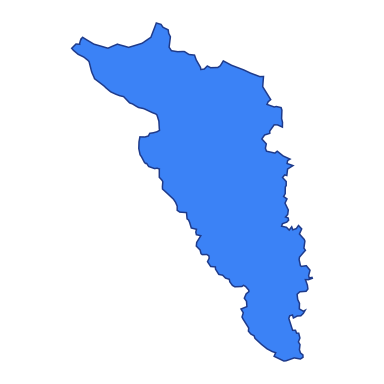 outline of Carolina, Puerto Rico
{"feature_id": "32010507B91435435365169", "entity_name": "Carolina", "entity_type": "district", "adm_level": 2, "iso_a3": "PRI", "parent_name": "Puerto Rico", "parent_adm1": "", "projection": "orthographic", "projection_center": [-65.96, 18.364], "detail": "fine", "context": "isolated", "style": "filled", "palette": "blue", "viewbox_px": 384, "rotation_deg": 0, "n_neighbors": 0, "source": "geoboundaries", "source_scale": "gbopen_adm2", "svg_char_len": 3368}
<svg xmlns="http://www.w3.org/2000/svg" viewBox="0 0 384 384"><path d="M82.6,37.3L80.9,39.1L81.2,39.4L80.5,40.4L79.7,43.2L79.7,44.3L76.0,44.0L71.7,48.3L73.5,50.4L78.1,54.3L83.7,57.0L88.0,60.4L89.1,61.7L90.3,66.5L91.4,70.9L92.1,73.0L94.2,77.7L94.5,78.7L102.3,84.6L104.3,86.2L106.1,88.0L109.2,90.6L110.8,91.9L115.8,94.2L119.7,95.7L123.6,96.6L129.6,102.9L131.2,103.5L132.3,103.8L136.0,106.1L138.5,107.5L143.3,108.5L144.9,109.1L150.8,111.9L152.5,112.7L155.7,113.9L156.9,114.9L157.8,117.6L158.1,118.7L158.9,121.2L159.1,124.8L159.3,128.6L159.5,130.1L159.5,130.4L156.9,131.8L153.2,132.8L149.8,133.3L148.3,136.0L144.9,137.0L139.9,136.9L139.0,141.8L138.8,148.6L140.1,154.8L141.4,156.6L144.5,162.5L145.6,163.5L146.6,163.4L148.7,166.5L154.6,168.6L157.1,168.2L159.4,169.0L159.3,169.6L159.3,177.3L162.2,180.5L162.8,181.8L162.4,186.5L162.5,189.0L167.3,193.4L173.5,199.2L174.2,200.3L175.5,202.2L177.2,206.1L177.2,210.3L179.8,212.1L186.5,212.6L187.1,218.9L188.5,219.9L189.6,222.3L191.3,228.0L196.5,229.3L195.8,232.1L196.4,234.7L200.8,235.7L196.7,242.4L196.3,246.1L200.1,250.0L201.0,253.6L202.2,254.6L206.9,254.5L208.9,255.9L209.2,258.2L207.5,261.7L210.7,266.5L215.4,266.9L215.5,269.1L218.8,274.4L222.7,275.2L225.5,278.1L229.3,279.3L229.8,281.8L232.4,285.4L234.8,286.8L241.9,286.5L243.5,285.3L245.6,286.5L248.7,290.1L248.9,291.6L246.2,293.8L244.3,298.2L246.5,301.3L246.9,306.6L241.0,309.0L243.3,312.8L242.0,317.0L243.0,319.0L248.7,328.0L248.4,331.1L250.8,334.0L254.1,335.8L255.0,338.4L261.5,344.4L267.0,348.8L272.3,351.6L275.7,352.7L274.1,356.3L283.8,361.0L286.0,360.8L294.2,357.9L300.4,359.0L303.0,357.3L302.9,354.9L300.5,353.0L299.4,349.8L300.0,344.6L298.4,341.9L299.9,338.0L298.7,333.2L296.6,333.2L295.5,330.3L292.6,330.3L288.8,318.4L289.7,315.8L292.5,315.0L293.4,318.0L297.3,316.0L300.8,315.8L303.3,313.4L305.1,310.3L303.3,311.2L299.3,308.9L299.5,303.4L297.7,299.5L297.1,294.3L299.8,291.8L306.1,291.3L307.9,289.0L307.4,285.2L305.4,279.6L308.4,279.7L312.3,278.3L312.0,277.4L309.2,277.9L308.6,275.6L310.0,270.2L306.3,265.7L301.4,266.4L300.4,265.6L299.1,259.5L299.5,257.1L305.4,250.3L303.9,248.1L304.9,241.1L304.2,239.4L299.4,234.0L301.7,228.9L298.5,225.5L296.3,228.6L292.8,229.8L291.7,226.8L289.2,230.1L286.5,227.3L281.6,226.2L282.4,223.7L286.8,222.1L288.6,220.2L288.2,218.0L285.5,217.0L287.7,214.5L288.3,210.0L285.0,203.1L287.0,198.9L283.6,196.5L285.2,193.7L285.3,187.0L286.2,185.6L286.2,181.5L282.5,177.5L284.7,174.9L286.8,175.5L287.6,169.0L293.0,165.6L287.1,163.5L287.6,160.5L290.0,159.1L283.2,156.0L277.2,151.2L274.9,153.1L266.5,151.2L265.4,148.3L266.3,143.9L261.9,139.0L262.4,138.1L264.6,135.0L269.8,133.3L269.7,131.1L274.2,124.8L277.5,124.9L282.4,127.1L282.5,122.3L281.6,118.6L281.9,110.1L281.1,107.6L276.3,106.5L274.2,107.0L267.0,104.4L268.1,101.8L270.7,99.6L262.7,86.7L263.5,76.5L259.8,76.6L250.5,73.1L243.7,69.9L231.6,65.3L223.3,60.9L220.3,65.8L217.8,67.5L210.6,67.7L207.3,66.0L204.2,69.1L200.8,69.5L200.5,67.4L196.2,59.9L194.5,55.1L189.0,54.5L184.5,51.6L183.0,51.5L177.6,51.7L171.4,50.7L169.1,47.2L170.4,36.8L168.7,33.4L168.2,29.9L163.0,27.3L161.0,24.4L156.3,23.0L156.1,23.6L154.6,27.6L151.3,36.2L150.9,37.3L149.4,38.3L142.8,42.8L142.0,43.3L137.2,44.8L128.6,47.4L124.6,46.2L120.2,45.0L117.8,44.3L117.3,44.1L116.6,44.5L112.5,46.2L111.8,46.5L108.0,48.2L105.8,47.6L102.8,46.7L94.1,44.2L93.8,44.1L86.3,39.6L82.6,37.3Z" fill="#3b82f6" stroke="#1e3a8a" stroke-width="1.5"/></svg>